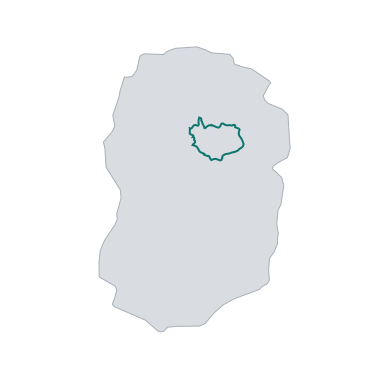 location of Brod within North Macedonia, rotated 110°
{"feature_id": "MKD-2944", "entity_name": "Brod", "entity_type": "Statistical Region", "adm_level": 1, "iso_a3": "MKD", "parent_name": "North Macedonia", "parent_adm1": "", "projection": "robinson", "projection_center": [21.2, 41.634], "detail": "fine", "context": "in_parent", "style": "outline", "palette": "teal", "viewbox_px": 384, "rotation_deg": 110, "n_neighbors": 0, "source": "natural_earth", "source_scale": "10m", "svg_char_len": 2824}
<svg xmlns="http://www.w3.org/2000/svg" viewBox="0 0 384 384"><g transform="rotate(110 192 192)"><path d="M173.6,104.2L179.8,104.9L193.2,101.4L201.6,96.6L205.8,95.9L211.5,94.0L219.6,94.3L227.9,96.4L238.4,93.6L248.7,89.1L252.8,90.2L257.3,94.1L260.3,95.1L277.5,115.4L286.9,123.7L298.0,129.9L310.7,134.5L315.3,138.8L323.5,160.5L327.4,168.7L332.8,171.1L334.1,173.5L334.3,176.6L328.4,191.8L326.3,225.8L324.8,228.5L318.4,228.4L310.0,229.1L306.8,231.8L303.6,250.1L290.1,255.3L277.8,258.3L267.5,257.6L249.2,253.3L243.3,252.8L238.2,255.3L222.0,256.6L214.8,259.8L198.1,281.2L181.2,288.6L175.4,292.3L162.4,287.6L156.2,287.1L147.2,292.6L127.5,293.1L122.2,294.1L107.0,294.9L106.4,292.0L103.6,287.6L96.5,285.6L82.0,287.4L78.5,284.2L72.6,266.0L68.0,263.1L62.8,257.0L54.0,237.2L53.8,228.6L54.5,221.0L49.7,203.3L52.7,198.8L57.2,196.0L57.3,188.9L56.0,178.0L61.4,156.7L62.9,155.2L64.3,156.2L77.2,157.9L80.6,155.2L82.7,151.0L83.4,135.5L86.5,128.3L117.8,114.6L127.0,114.1L134.0,120.4L139.6,124.4L143.0,124.3L144.2,120.2L148.0,112.4L154.4,108.0L173.4,104.2L173.6,104.2Z" fill="#d9dde1" stroke="#a8b0b8" stroke-width="1"/><path d="M131.1,159.8L131.6,159.9L132.6,160.2L133.9,161.0L135.2,162.1L136.3,162.6L137.1,162.9L138.3,164.0L139.6,165.4L141.2,167.9L143.3,170.5L145.0,173.6L147.2,175.4L149.0,175.6L149.7,175.1L150.5,175.3L151.8,175.3L152.7,176.4L152.7,179.6L152.7,181.0L154.0,183.4L155.0,184.3L155.1,183.9L155.3,184.8L154.6,186.1L153.6,187.2L152.9,187.7L152.6,188.2L152.5,189.0L152.9,190.1L152.9,191.5L152.8,193.1L152.8,193.5L152.5,193.5L151.9,193.5L151.8,195.2L151.7,197.7L150.9,199.3L150.1,200.2L149.1,201.3L148.5,202.0L147.9,203.0L147.6,204.0L147.6,206.1L147.7,207.5L147.1,207.4L146.2,207.0L145.6,206.6L144.5,206.2L143.2,206.4L142.7,206.9L142.3,207.9L141.7,208.2L140.9,208.2L140.1,208.7L139.9,209.0L139.9,209.8L140.0,210.0L139.6,209.9L138.6,210.0L138.3,210.9L138.3,211.7L138.3,212.9L137.9,214.0L136.4,214.6L134.3,215.2L132.8,215.9L132.8,215.5L132.5,214.4L131.4,213.8L130.3,213.7L129.0,213.2L128.3,212.5L127.9,211.8L127.8,211.3L127.8,210.5L127.8,209.6L127.7,209.2L127.2,208.8L125.8,208.8L124.9,209.4L124.2,209.8L123.4,210.0L122.3,210.4L121.3,210.5L120.7,210.5L119.6,210.7L119.6,210.1L119.6,209.5L119.8,208.5L120.6,208.1L121.7,207.8L122.3,206.8L124.0,205.7L125.2,204.2L126.5,203.0L127.6,202.3L127.5,201.5L126.5,200.9L125.1,200.2L123.7,199.0L123.1,198.2L122.8,196.0L122.5,195.2L122.4,195.3L122.5,193.5L122.6,191.4L122.6,189.7L122.0,188.6L120.4,187.9L119.2,187.9L118.0,187.8L117.4,187.3L117.0,186.1L117.6,184.1L117.4,181.7L117.0,180.8L116.5,180.2L116.2,179.4L116.2,178.3L116.0,177.2L115.0,176.4L114.4,175.1L114.6,174.3L115.2,173.9L116.1,173.9L116.4,173.3L116.4,172.0L116.4,169.9L117.0,168.7L119.3,168.5L119.9,168.4L121.4,168.0L123.0,166.7L124.9,163.9L127.5,161.3L129.6,159.8L131.1,159.8Z" fill="none" stroke="#0f766e" stroke-width="2"/></g></svg>